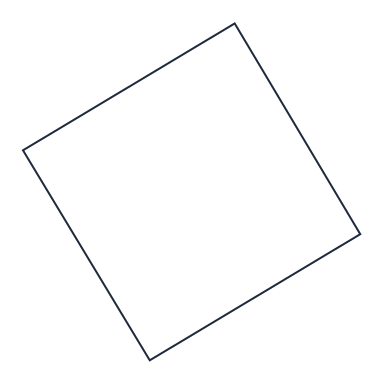 Clay, Iowa, United States of America, rotated 149°
{"feature_id": "52423323B36329758644763", "entity_name": "Clay", "entity_type": "district", "adm_level": 2, "iso_a3": "USA", "parent_name": "United States of America", "parent_adm1": "Iowa", "projection": "albers", "projection_center": [-95.104, 43.082], "detail": "fine", "context": "isolated", "style": "outline", "palette": "slate", "viewbox_px": 384, "rotation_deg": 149, "n_neighbors": 0, "source": "geoboundaries", "source_scale": "gbopen_adm2", "svg_char_len": 221}
<svg xmlns="http://www.w3.org/2000/svg" viewBox="0 0 384 384"><g transform="rotate(149 192 192)"><path d="M314.9,69.5L69.5,69.2L68.6,314.5L315.4,314.8L314.9,69.5Z" fill="none" stroke="#1e293b" stroke-width="2"/></g></svg>